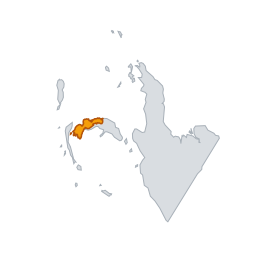 East New Britain on a map of Papua New Guinea (Equal Earth projection), rotated 212°
{"feature_id": "PNG-1250", "entity_name": "East New Britain", "entity_type": "Province", "adm_level": 1, "iso_a3": "PNG", "parent_name": "Papua New Guinea", "parent_adm1": "", "projection": "equal_earth", "projection_center": [151.672, -5.126], "detail": "fine", "context": "in_parent", "style": "filled", "palette": "amber", "viewbox_px": 256, "rotation_deg": 212, "n_neighbors": 0, "source": "natural_earth", "source_scale": "10m", "svg_char_len": 6772}
<svg xmlns="http://www.w3.org/2000/svg" viewBox="0 0 256 256"><g transform="rotate(212 128 128)"><path d="M45.1,167.7L44.8,134.4L43.5,131.9L44.8,126.0L44.5,69.6L46.8,69.9L58.4,76.8L66.2,80.3L72.9,82.0L79.2,87.7L83.8,88.0L90.7,95.9L93.5,96.4L98.3,103.0L98.6,108.4L98.1,111.8L105.5,115.0L112.6,119.6L116.4,120.0L118.5,121.6L121.2,125.5L121.7,130.8L120.2,131.7L113.6,131.7L111.7,133.4L114.4,141.6L120.4,149.1L124.9,152.5L126.3,159.3L128.5,161.4L130.0,166.7L132.4,167.3L136.9,166.4L137.6,168.7L137.0,172.1L137.6,173.4L146.0,176.3L143.2,178.1L144.5,181.2L149.9,183.8L153.3,184.8L155.3,184.5L153.0,186.0L150.8,185.6L150.4,186.1L151.3,187.4L153.1,188.7L151.3,190.5L149.4,190.8L146.1,189.6L143.1,186.3L134.0,184.8L130.9,183.3L128.4,183.8L121.0,182.0L118.6,179.7L117.0,176.1L112.6,171.8L111.5,169.7L112.0,166.9L110.8,167.3L108.2,165.2L101.5,152.1L98.1,150.2L89.6,147.9L88.4,145.4L84.4,144.4L83.6,146.1L80.3,147.3L77.6,146.0L74.9,142.8L78.1,150.1L77.0,150.0L77.5,151.2L76.9,151.4L73.4,150.9L74.5,153.9L68.7,155.6L64.4,155.0L62.3,155.8L61.5,155.7L60.3,153.4L58.8,153.9L60.1,153.9L61.8,156.5L65.4,156.1L68.9,158.1L71.9,162.4L71.8,165.4L63.8,170.9L59.1,168.5L52.4,169.1L49.9,168.2L46.9,169.3L45.1,167.7ZM166.2,93.9L167.8,95.4L169.5,93.8L172.7,95.7L172.1,103.0L171.1,105.0L168.3,105.8L168.0,106.8L169.8,111.1L169.0,112.6L166.7,114.2L162.7,114.0L161.7,117.0L159.5,119.6L151.1,124.8L141.9,125.2L138.9,122.0L135.7,122.6L131.4,118.8L127.9,117.2L127.1,115.8L127.2,113.9L128.2,112.8L134.6,113.0L138.6,114.5L143.9,113.6L145.4,112.5L145.9,107.8L146.8,105.9L147.7,106.8L146.6,110.4L147.8,113.6L151.6,112.6L154.0,113.4L155.9,112.5L158.5,107.4L160.6,105.1L164.5,103.9L164.4,100.2L163.1,95.1L163.6,93.6L166.2,93.9ZM212.5,131.1L212.0,132.8L211.7,132.3L209.8,133.8L207.6,133.3L205.6,131.7L204.1,128.7L204.0,125.4L201.9,124.0L199.1,119.8L198.5,117.0L198.7,112.4L202.8,115.1L207.0,123.0L211.0,126.5L212.5,131.1ZM180.9,95.9L178.2,103.2L176.5,100.2L175.8,98.1L175.7,92.6L171.3,84.3L166.8,81.5L157.7,72.9L154.1,71.5L155.0,71.2L155.0,69.0L159.5,73.5L162.3,74.6L166.0,78.1L168.5,79.3L179.6,92.2L180.9,95.9ZM108.2,60.0L116.8,60.3L117.0,61.3L115.8,61.4L114.4,63.1L109.2,62.6L107.0,63.5L106.8,62.3L107.7,61.9L107.5,60.6L108.2,60.0ZM151.7,171.2L153.3,172.4L154.6,172.2L155.7,173.7L155.8,176.0L155.3,176.5L154.9,175.8L150.7,175.3L151.5,174.0L150.7,171.4L151.7,171.2ZM150.6,70.4L147.6,70.4L145.3,67.5L148.3,66.2L150.6,67.5L150.6,70.4ZM157.9,181.3L159.9,179.8L160.3,180.3L159.6,183.9L156.6,182.4L154.5,176.6L157.9,181.3ZM173.9,166.1L177.2,165.5L178.8,167.0L179.3,167.6L178.9,169.1L176.2,168.5L173.9,166.1ZM181.5,200.8L187.7,204.7L185.4,205.4L183.5,204.3L183.2,203.4L182.5,203.7L182.8,203.0L181.5,200.8ZM123.7,118.2L120.9,115.2L121.1,113.1L124.0,114.9L123.7,118.2ZM149.7,173.4L148.9,173.5L147.1,171.4L148.2,169.1L149.4,169.9L149.7,173.4ZM197.8,112.2L196.6,107.4L197.7,105.9L198.7,109.0L197.8,112.2ZM114.1,112.2L112.2,110.3L113.6,108.6L114.5,109.5L114.1,112.2ZM143.1,53.6L142.0,54.0L140.6,52.4L141.0,50.6L142.6,51.8L143.1,53.6ZM101.5,100.3L100.4,102.0L99.6,100.7L100.9,98.7L101.5,100.3ZM158.3,157.2L158.4,163.0L157.5,161.9L157.9,159.5L157.1,158.8L158.3,157.2ZM72.6,158.7L74.5,161.1L70.0,157.3L72.6,158.7ZM74.2,158.2L71.7,157.2L71.2,156.5L74.1,156.8L74.2,158.2ZM193.5,201.4L193.3,202.2L191.7,202.3L190.7,201.2L191.7,201.4L191.5,200.6L193.5,201.4ZM175.3,76.1L175.4,78.8L174.3,76.9L175.3,76.1ZM169.3,74.7L168.8,75.4L167.7,73.5L167.9,73.2L169.3,74.7ZM155.9,189.5L155.7,190.6L154.6,190.0L154.8,189.3L155.9,189.5ZM168.3,72.6L167.4,72.9L167.6,71.1L168.3,72.6ZM121.4,64.1L121.5,65.5L120.3,65.1L121.4,64.1ZM186.8,91.2L186.7,92.5L186.0,92.1L186.8,91.2Z" fill="#d9dde1" stroke="#a8b0b8" stroke-width="1"/><path d="M164.2,104.9L164.4,104.7L164.6,104.2L164.7,103.9L164.7,103.6L164.7,103.3L164.7,103.2L164.8,103.2L164.7,102.9L164.6,102.7L164.5,102.3L164.4,102.2L164.4,101.6L164.4,100.4L164.3,99.8L164.1,99.4L164.0,99.1L163.9,98.7L163.9,98.1L163.9,97.8L163.8,97.4L163.6,97.2L163.3,96.8L163.2,96.6L163.1,96.3L163.1,96.0L163.1,95.8L162.9,95.6L162.8,95.4L162.8,95.2L162.9,94.8L162.7,94.4L162.7,94.1L162.7,93.8L162.8,93.6L163.0,93.3L163.8,93.5L164.3,93.5L164.6,93.6L164.9,93.7L165.0,93.6L165.1,93.9L165.3,93.7L165.5,93.7L166.0,93.8L166.5,94.1L166.7,94.5L166.8,94.9L166.9,95.2L167.1,95.4L167.3,95.4L167.8,95.6L168.0,95.6L168.2,95.4L168.5,94.8L168.6,94.5L168.4,94.2L168.2,93.8L168.3,93.5L168.5,93.5L168.9,93.8L169.0,93.8L169.1,93.7L169.3,93.6L169.6,93.7L169.9,93.5L169.9,93.1L170.0,92.8L170.3,92.8L170.4,93.0L170.6,93.2L170.8,93.5L170.9,94.2L170.9,94.3L170.7,94.3L170.4,94.2L170.3,93.9L170.2,93.8L170.1,94.1L170.2,94.5L170.2,95.1L170.3,95.3L170.5,95.4L170.6,95.2L170.9,95.2L170.9,95.3L171.0,95.5L171.3,95.7L172.0,95.8L172.6,95.6L172.8,95.6L172.9,95.8L172.8,96.0L172.3,97.7L172.2,98.3L172.3,98.8L172.6,99.7L172.8,100.3L172.8,100.9L172.6,101.9L172.5,102.6L171.8,104.1L171.7,104.2L171.4,104.7L171.4,104.8L171.2,105.0L170.9,105.3L170.3,105.5L169.9,105.7L169.7,105.7L169.1,105.5L168.7,105.4L168.5,105.5L168.3,105.4L168.1,105.3L167.9,105.5L167.8,105.8L167.9,107.6L167.9,107.9L168.0,108.2L168.6,108.8L168.7,109.1L168.8,109.2L169.1,109.3L169.6,110.1L169.6,110.4L169.8,110.9L169.9,111.3L169.5,112.1L169.4,112.2L169.3,112.4L169.3,112.5L169.2,112.6L168.9,112.6L168.4,113.0L167.9,113.8L167.4,113.9L167.0,114.1L166.9,114.1L166.7,114.2L166.5,114.4L166.3,114.7L166.0,114.7L165.8,114.5L165.5,114.0L165.3,113.8L165.0,113.7L164.8,113.7L164.5,113.7L164.3,113.8L164.0,114.3L163.9,114.4L163.7,114.2L163.7,113.9L162.7,113.8L162.3,113.7L162.2,113.8L162.0,114.0L162.0,114.3L162.0,114.6L162.1,114.8L162.2,115.0L162.5,115.0L162.9,115.5L162.7,116.0L162.2,116.0L161.8,116.4L161.6,116.6L161.6,116.8L161.5,117.1L161.5,117.4L161.4,117.6L161.3,117.8L161.0,118.3L160.8,118.4L160.5,118.6L160.3,118.6L160.2,118.6L160.0,118.9L159.6,119.3L159.4,119.5L159.3,119.8L159.0,120.3L158.9,120.2L158.3,120.4L157.9,120.6L157.8,120.8L157.7,121.2L157.3,121.3L156.7,121.1L155.9,121.3L155.7,121.5L155.4,121.4L155.0,121.0L154.9,121.2L154.9,121.3L154.8,121.5L154.9,121.9L154.9,122.1L154.7,122.6L154.4,122.7L154.4,122.3L154.4,122.2L153.3,120.7L152.7,119.8L152.6,119.4L152.5,119.1L152.5,118.4L152.5,118.0L152.5,117.9L153.1,117.4L153.5,117.2L154.9,117.1L155.1,117.0L155.3,116.9L155.5,116.6L155.8,116.6L156.7,116.3L156.8,116.2L156.8,115.9L156.7,115.8L156.7,115.6L156.7,115.3L156.7,115.0L156.8,114.9L157.0,114.8L157.4,115.1L157.6,115.1L157.9,115.1L158.0,114.9L158.6,114.1L158.8,114.0L159.3,113.5L159.6,113.2L159.7,112.7L159.7,112.4L159.4,112.3L159.2,112.4L158.9,112.3L158.8,112.2L159.8,109.3L160.8,106.9L161.0,106.7L162.0,106.0L164.5,105.8L164.6,105.7L164.2,104.9L164.2,104.9ZM173.6,92.7L173.8,92.9L173.9,93.2L173.8,93.5L173.7,93.8L173.3,93.7L173.2,93.6L173.2,93.4L173.1,93.2L173.3,92.8L173.4,92.7L173.5,92.4L173.6,92.6L173.6,92.7Z" fill="#f59e0b" stroke="#b45309" stroke-width="1.5"/></g></svg>